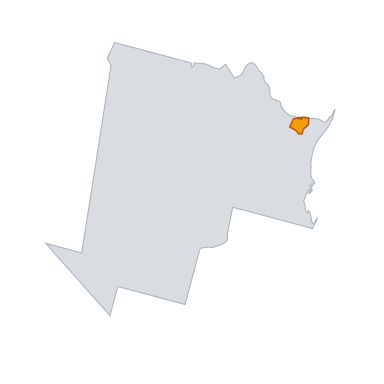 R'Kiz, Trarza, Mauritania shown in context, rotated 195°
{"feature_id": "47542326B92400580164100", "entity_name": "R'Kiz", "entity_type": "district", "adm_level": 2, "iso_a3": "MRT", "parent_name": "Mauritania", "parent_adm1": "Trarza", "projection": "mercator", "projection_center": [-15.137, 16.952], "detail": "fine", "context": "in_parent", "style": "filled", "palette": "amber", "viewbox_px": 384, "rotation_deg": 195, "n_neighbors": 0, "source": "geoboundaries", "source_scale": "gbopen_adm2", "svg_char_len": 4100}
<svg xmlns="http://www.w3.org/2000/svg" viewBox="0 0 384 384"><g transform="rotate(195 192 192)"><path d="M164.1,331.3L163.6,331.1L161.4,329.6L160.3,327.7L158.6,326.3L156.2,325.4L154.6,324.3L153.8,323.1L152.9,322.3L152.0,321.9L151.9,321.5L152.1,320.9L151.9,319.8L150.5,317.4L149.2,316.2L148.0,316.4L147.4,316.1L147.0,315.6L146.8,314.8L146.1,314.1L144.7,313.8L143.7,312.0L142.8,308.7L141.8,306.1L140.5,304.2L139.6,303.5L138.9,303.4L138.6,303.1L138.5,302.5L137.4,302.4L136.0,302.9L134.7,302.7L134.1,301.8L133.2,301.7L132.1,302.5L130.9,302.3L129.6,301.1L128.8,299.9L128.7,298.7L126.4,296.4L121.9,292.9L117.0,291.2L111.7,291.4L108.8,291.3L108.1,290.7L107.5,290.8L106.8,291.4L106.1,291.5L105.4,291.2L104.9,291.4L104.7,292.4L102.9,292.8L99.3,292.8L96.5,293.4L94.3,294.5L91.2,294.9L87.2,294.8L84.8,294.4L84.0,293.7L82.9,293.6L81.4,293.9L80.1,295.7L78.9,298.8L77.9,300.6L77.2,301.0L76.4,303.4L75.9,307.3L75.2,309.0L75.2,299.2L76.3,295.6L76.7,292.4L79.1,285.3L82.0,279.5L84.7,271.8L85.7,264.3L85.4,256.9L84.6,250.3L83.2,246.0L81.9,239.7L80.0,236.4L76.4,233.5L75.6,231.8L76.5,231.1L78.6,230.7L80.0,228.4L77.1,229.3L80.5,222.3L81.5,217.6L81.3,214.5L82.0,212.5L79.4,208.4L77.4,203.1L76.4,202.2L75.3,201.8L75.2,203.0L74.6,204.2L73.4,203.5L71.2,199.7L68.1,193.4L67.0,192.7L66.1,193.6L65.5,194.4L64.5,199.7L64.2,197.6L64.6,195.1L65.4,192.1L66.2,187.9L68.9,187.9L73.7,187.9L83.3,187.9L88.1,187.9L97.6,187.9L102.4,187.9L112.0,187.9L116.8,187.9L126.4,187.9L131.2,187.9L140.8,187.8L145.5,187.8L148.7,187.8L148.5,184.9L148.4,182.5L148.2,179.3L148.0,176.1L147.8,173.0L147.6,170.0L147.4,167.0L147.2,164.2L147.1,161.7L146.8,160.2L145.8,157.3L145.6,155.9L145.8,154.3L146.5,152.9L148.4,150.3L151.2,148.2L154.5,145.9L157.0,144.1L158.2,143.7L162.1,143.0L165.2,141.7L168.2,140.4L169.4,139.6L169.6,137.2L169.6,81.5L184.4,81.5L188.3,81.5L215.5,81.5L219.4,81.5L239.2,81.5L239.2,78.8L239.2,75.0L239.2,69.8L239.2,64.5L239.2,55.2L239.2,51.3L243.1,53.9L251.0,59.1L254.9,61.7L262.8,66.9L270.6,72.0L278.5,77.2L282.4,79.8L286.3,82.3L290.3,84.9L294.2,87.5L302.0,92.6L305.3,94.7L310.4,98.2L315.1,101.4L319.8,104.6L312.5,104.6L302.8,104.6L296.1,104.6L289.3,104.6L282.8,104.7L283.4,109.9L284.0,115.6L284.6,121.3L285.2,127.0L285.8,132.7L287.6,149.7L288.2,155.3L288.8,160.9L289.3,166.5L289.9,172.2L291.1,183.3L291.7,188.9L292.3,194.5L292.9,200.1L293.5,205.6L294.1,211.1L295.3,222.2L295.9,227.7L296.5,233.2L297.1,238.7L297.7,244.2L298.3,249.7L298.9,255.2L299.5,260.6L300.6,271.5L301.2,277.0L301.8,282.4L302.4,287.9L303.0,293.1L305.5,295.9L308.6,299.3L307.7,304.2L306.6,310.1L305.4,316.4L296.8,316.4L288.2,316.4L266.9,316.4L262.7,316.4L241.4,316.4L237.1,316.4L228.9,316.4L226.5,316.3L225.6,315.8L225.3,312.5L224.5,312.7L223.7,313.7L223.2,314.7L223.4,316.1L223.3,317.2L220.5,317.7L216.8,318.5L212.9,319.1L209.0,318.9L207.7,318.6L206.2,318.2L203.1,317.7L201.4,317.6L199.5,317.7L197.2,318.0L196.4,318.6L194.7,321.1L193.0,323.9L191.9,323.9L190.7,322.3L187.3,319.4L183.2,315.5L181.3,313.6L180.3,313.4L178.4,314.7L176.7,316.1L174.9,318.0L174.1,319.7L173.5,321.9L173.2,324.4L172.6,327.3L171.2,329.6L169.5,331.4L168.2,332.2L167.7,332.7L164.1,331.3ZM78.6,224.1L77.2,226.3L76.6,225.5L76.4,224.0L77.6,222.0L78.2,221.0L79.2,220.6L78.6,224.1Z" fill="#d9dde1" stroke="#a8b0b8" stroke-width="1"/><path d="M112.9,288.8L113.7,284.6L114.4,280.2L107.5,278.3L107.3,278.1L103.7,275.7L100.7,276.7L100.7,277.5L100.8,278.3L100.8,280.8L100.3,282.0L99.7,282.9L99.3,283.7L99.0,284.1L98.3,285.0L97.6,286.1L97.0,287.1L98.1,292.6L98.1,293.0L98.3,293.5L98.5,293.8L99.0,293.8L99.4,293.7L99.9,293.3L100.3,293.2L100.7,293.0L101.1,293.0L101.3,293.1L101.8,293.1L102.1,293.3L102.5,293.4L102.9,293.3L103.3,293.1L103.7,292.8L104.0,292.6L104.4,292.7L104.6,292.9L105.1,292.8L105.6,292.3L105.7,292.0L105.5,291.8L105.2,291.7L105.0,291.4L105.0,291.2L105.0,290.9L105.3,290.9L105.6,290.7L105.8,290.8L106.0,291.0L106.2,291.3L106.5,291.8L106.8,291.8L107.4,291.5L107.6,291.0L107.7,290.4L108.0,290.3L108.3,290.5L108.5,290.8L108.5,291.1L108.4,291.6L108.7,291.5L108.7,291.3L108.9,291.2L109.0,291.2L109.3,290.9L112.9,288.8L112.9,288.8Z" fill="#f59e0b" stroke="#b45309" stroke-width="1.5"/></g></svg>